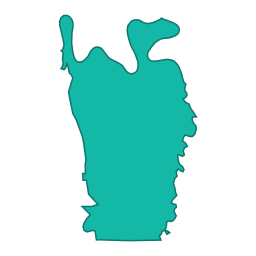 the district of Aratiba, Rio Grande do Sul, Brazil
{"feature_id": "56859067B33104884286181", "entity_name": "Aratiba", "entity_type": "district", "adm_level": 2, "iso_a3": "BRA", "parent_name": "Brazil", "parent_adm1": "Rio Grande do Sul", "projection": "natural_earth1", "projection_center": [-52.299, -27.381], "detail": "fine", "context": "isolated", "style": "filled", "palette": "teal", "viewbox_px": 256, "rotation_deg": 0, "n_neighbors": 0, "source": "geoboundaries", "source_scale": "gbopen_adm2", "svg_char_len": 2786}
<svg xmlns="http://www.w3.org/2000/svg" viewBox="0 0 256 256"><path d="M161.6,18.1L159.7,19.6L156.2,21.3L152.4,22.8L148.2,23.6L144.7,23.0L142.6,22.2L140.7,20.8L138.1,19.9L135.2,19.8L131.9,20.8L129.9,22.9L127.9,25.7L127.2,30.4L127.5,33.3L128.1,36.1L129.0,39.6L129.8,42.1L130.5,44.6L132.0,47.8L133.8,51.2L135.4,54.6L136.6,57.8L137.4,60.1L138.0,62.6L138.1,65.7L137.6,69.0L136.6,71.4L134.7,72.9L131.6,73.9L128.0,72.8L125.7,70.4L124.1,67.9L122.2,65.5L119.7,63.7L117.0,62.2L113.6,60.6L110.1,58.8L107.8,56.6L105.9,54.1L104.4,52.2L103.0,50.2L100.8,48.0L98.3,47.1L95.9,47.1L93.6,48.1L91.2,50.5L89.6,53.2L88.5,55.5L87.1,57.4L84.8,59.7L82.4,61.5L79.7,62.1L77.1,61.6L74.9,59.2L73.6,55.4L72.9,52.2L72.4,49.2L71.9,45.4L71.6,41.9L71.8,38.3L71.9,35.0L72.0,32.4L72.6,29.5L73.0,26.2L72.9,22.3L71.6,19.2L69.3,16.6L67.2,15.5L63.9,15.4L61.0,17.8L59.6,21.4L59.9,26.0L60.6,28.8L61.1,31.2L62.0,34.8L62.9,38.8L63.7,42.3L64.0,45.3L62.9,49.1L61.2,50.8L63.2,52.4L62.7,56.9L62.6,60.4L63.3,63.7L62.3,66.6L61.0,68.6L64.0,69.7L65.7,67.8L66.9,63.7L68.2,67.0L68.7,70.1L69.4,73.0L71.3,74.9L72.9,78.2L72.0,80.5L68.6,91.8L69.5,97.3L72.8,113.3L76.4,120.1L82.2,136.1L83.4,141.2L86.0,159.8L85.2,164.3L85.4,173.5L82.7,173.5L83.0,180.2L86.4,180.2L87.5,186.9L88.6,194.2L98.1,204.6L94.6,205.3L92.4,206.5L82.2,206.5L90.2,214.6L88.7,216.5L86.6,218.9L84.8,221.9L83.7,224.1L83.1,226.5L84.0,230.3L86.9,231.9L89.7,231.3L92.6,230.3L95.1,231.2L96.4,239.9L99.8,239.8L122.9,240.5L131.8,240.6L160.9,240.1L159.3,235.9L161.2,234.2L162.1,231.2L164.8,230.4L165.9,228.1L166.5,225.1L166.6,222.4L168.1,220.8L170.9,221.6L173.3,220.5L175.1,218.2L176.2,215.8L174.1,211.7L174.5,208.7L176.4,207.3L175.9,204.6L173.4,203.8L171.2,203.1L172.6,199.8L174.6,197.7L176.8,195.3L175.6,192.6L174.9,188.2L173.4,183.5L174.9,178.3L177.0,176.2L176.2,171.8L178.3,168.9L180.5,170.7L182.9,171.8L184.0,169.6L182.4,166.5L180.1,164.8L178.7,162.3L178.3,159.8L177.8,157.3L177.8,154.5L180.1,155.2L182.4,156.4L184.4,154.9L183.2,151.1L184.5,147.8L187.4,146.3L185.7,143.3L182.7,141.0L183.3,137.7L185.1,135.0L190.2,136.6L192.5,136.4L194.9,134.0L196.1,129.6L196.1,126.3L193.3,122.8L192.1,119.8L192.6,117.0L196.4,116.9L193.8,112.9L190.3,107.8L189.2,104.2L185.6,102.3L183.0,99.0L185.3,97.7L187.0,95.6L186.7,93.1L185.0,91.0L184.7,88.4L185.9,84.1L183.8,82.0L182.7,78.6L181.7,74.2L179.9,69.3L178.4,66.0L176.4,63.3L173.5,60.7L171.2,60.0L168.2,59.4L165.2,59.6L162.5,60.0L158.8,60.7L154.0,61.3L150.6,60.8L148.8,59.0L147.6,56.9L147.5,53.8L148.3,51.5L149.8,49.5L151.7,46.6L153.5,44.5L155.3,42.4L158.1,40.5L160.7,39.0L164.1,38.3L168.1,38.0L170.7,37.5L174.4,36.1L177.2,34.5L178.6,32.5L179.4,29.8L178.7,27.0L176.7,24.8L173.4,22.9L170.3,21.6L166.8,20.3L163.6,19.3L161.6,18.1ZM164.8,230.4L166.9,234.3L169.7,232.7L167.7,231.1L164.8,230.4Z" fill="#14b8a6" stroke="#0f766e" stroke-width="1.5"/></svg>